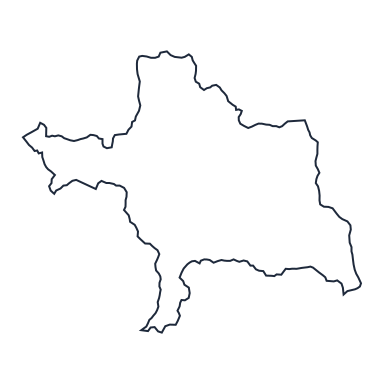 the district of Piraju, São Paulo, Brazil
{"feature_id": "56859067B99477095521428", "entity_name": "Piraju", "entity_type": "district", "adm_level": 2, "iso_a3": "BRA", "parent_name": "Brazil", "parent_adm1": "São Paulo", "projection": "mercator", "projection_center": [-49.387, -23.195], "detail": "fine", "context": "isolated", "style": "outline", "palette": "slate", "viewbox_px": 384, "rotation_deg": 0, "n_neighbors": 0, "source": "geoboundaries", "source_scale": "gbopen_adm2", "svg_char_len": 3764}
<svg xmlns="http://www.w3.org/2000/svg" viewBox="0 0 384 384"><path d="M46.3,127.9L44.0,124.8L40.2,122.8L37.7,128.7L31.3,132.3L26.7,134.8L23.0,137.3L26.5,141.7L29.0,145.0L32.1,147.6L34.6,151.0L37.2,150.5L38.7,153.4L42.1,152.5L42.3,157.1L43.4,160.3L44.6,164.2L46.2,167.1L48.1,169.3L51.0,171.4L54.9,175.0L51.7,179.2L51.5,183.1L49.1,186.2L50.7,190.6L54.2,193.8L56.2,190.5L60.5,188.5L63.4,185.6L66.8,185.2L69.0,183.3L72.4,180.8L76.2,179.9L95.8,189.0L98.2,183.3L101.5,180.9L106.3,183.0L109.4,183.0L113.9,184.0L116.1,185.6L119.7,185.6L124.1,187.9L126.7,192.2L126.5,196.8L125.6,200.1L125.6,203.4L125.5,206.8L124.0,210.0L128.7,215.3L129.7,219.1L130.1,221.8L134.7,224.8L136.3,227.7L138.0,231.5L137.6,236.4L140.4,239.2L145.1,243.5L149.9,243.7L152.2,246.0L154.6,248.1L157.5,250.2L159.3,254.1L158.2,257.1L157.1,259.7L155.2,263.7L155.5,267.1L156.1,270.5L158.8,273.5L160.3,276.4L160.7,279.3L159.5,282.8L159.4,286.5L160.7,289.6L160.1,292.4L159.7,295.2L159.1,298.0L157.7,302.1L158.4,306.6L157.1,310.2L155.5,313.2L153.4,315.6L151.5,318.1L149.4,319.8L147.9,323.4L146.3,326.6L143.7,328.4L141.3,330.2L148.0,331.1L150.6,327.5L154.6,327.1L158.1,331.4L161.8,332.6L165.3,326.2L169.8,324.6L175.7,324.8L177.7,321.0L179.9,315.8L178.9,313.1L177.5,310.7L179.6,306.4L180.2,302.7L181.5,300.0L184.9,300.3L188.7,297.9L189.7,293.1L188.8,287.6L184.4,284.7L183.2,281.1L179.6,277.6L181.6,272.6L183.7,268.5L187.4,264.3L189.6,262.6L191.9,261.3L195.0,260.9L199.6,263.4L200.8,260.7L204.2,259.4L206.9,259.5L209.7,260.0L213.6,262.7L217.7,261.1L221.5,260.0L224.2,260.6L227.3,260.9L230.1,260.9L233.6,259.4L236.8,260.9L239.3,261.8L243.6,260.5L247.3,261.4L250.4,265.6L253.1,265.6L255.9,269.3L259.0,270.7L263.3,271.1L266.1,275.6L271.7,275.8L274.3,276.1L276.6,274.4L281.3,274.7L283.5,271.7L285.7,268.8L289.2,269.1L292.3,268.7L296.7,268.8L301.8,267.9L307.6,267.2L310.4,266.6L313.0,267.6L319.1,272.5L322.8,275.2L325.3,277.3L326.6,280.8L333.8,281.4L337.2,280.4L341.5,283.6L342.9,287.8L343.6,294.5L347.4,291.1L355.0,289.3L357.5,288.2L359.9,286.5L361.0,283.3L358.3,277.4L356.2,273.7L354.7,269.6L353.6,264.5L353.0,259.8L352.4,254.6L351.5,251.4L351.5,247.1L349.7,242.7L349.2,235.4L350.8,229.6L350.4,225.3L347.4,221.4L342.3,219.1L339.3,216.9L336.6,213.6L332.6,208.3L328.4,206.9L323.9,206.7L320.2,204.4L319.5,200.4L319.6,195.5L319.1,190.8L318.0,186.3L315.8,183.1L316.4,179.1L317.5,175.9L319.4,172.8L317.8,169.1L315.8,165.6L315.5,161.1L316.4,157.5L317.4,153.9L317.4,149.7L317.5,146.2L317.8,142.3L315.8,140.5L311.8,138.0L310.2,135.3L309.5,132.3L308.2,129.9L307.1,126.4L304.8,120.3L287.7,121.4L284.8,123.7L282.1,126.2L279.3,127.3L276.2,126.1L272.6,126.1L269.6,124.8L266.2,124.6L262.0,123.7L258.5,123.6L255.3,124.9L251.9,126.6L248.2,128.0L244.0,125.9L240.3,123.7L238.8,120.3L238.7,117.1L240.7,114.1L241.8,110.9L238.9,109.4L236.1,109.9L235.7,106.6L232.7,104.8L228.2,101.2L226.6,96.0L224.3,93.1L221.5,90.3L219.8,87.5L216.2,84.9L212.2,85.7L210.2,87.4L206.8,88.2L204.0,90.0L200.2,87.2L199.2,83.7L195.8,81.7L194.6,78.0L195.6,74.0L196.0,70.8L196.1,65.8L194.4,63.2L192.7,60.4L191.8,56.9L188.8,54.4L184.7,56.9L181.6,57.7L174.7,56.9L170.6,55.1L166.9,51.4L160.4,52.7L158.7,56.6L155.1,57.8L151.0,57.8L146.7,56.5L142.2,55.9L139.2,56.6L137.2,60.6L136.9,63.8L137.0,69.2L137.6,74.1L139.8,81.5L139.2,86.1L138.8,89.4L138.1,96.4L139.0,100.5L140.3,105.4L139.0,110.8L135.8,116.6L135.0,120.4L132.1,122.0L131.5,126.6L128.5,129.7L126.4,133.8L122.2,134.2L118.9,134.5L114.8,135.1L113.0,138.5L112.8,141.4L112.2,144.4L111.7,147.3L106.9,148.2L103.5,146.5L102.5,143.7L102.5,139.1L98.9,138.5L96.8,136.0L93.5,135.1L90.4,134.8L86.8,137.4L83.2,138.5L80.5,139.1L77.7,140.1L74.0,141.0L70.3,140.3L66.9,139.1L64.2,138.2L61.7,136.3L58.3,135.4L54.9,136.3L52.1,135.7L49.2,136.8L46.1,136.2L46.2,132.3L46.3,127.9Z" fill="none" stroke="#1e293b" stroke-width="2"/></svg>